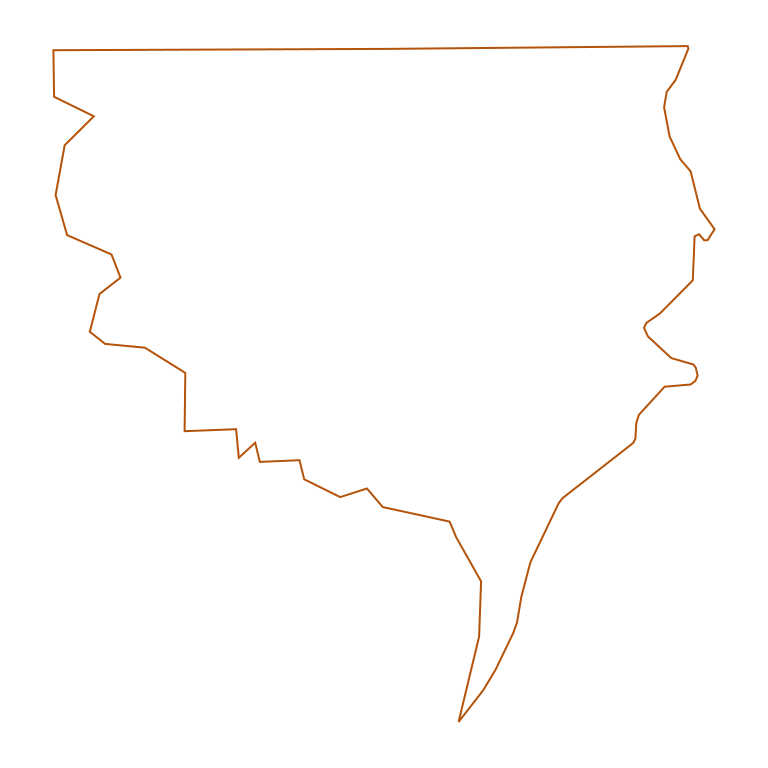 Orange, Texas, United States of America (orthographic projection)
{"feature_id": "52423323B30055377123023", "entity_name": "Orange", "entity_type": "district", "adm_level": 2, "iso_a3": "USA", "parent_name": "United States of America", "parent_adm1": "Texas", "projection": "orthographic", "projection_center": [-93.846, 30.055], "detail": "fine", "context": "isolated", "style": "outline", "palette": "amber", "viewbox_px": 768, "rotation_deg": 0, "n_neighbors": 0, "source": "geoboundaries", "source_scale": "gbopen_adm2", "svg_char_len": 951}
<svg xmlns="http://www.w3.org/2000/svg" viewBox="0 0 768 768"><path d="M386.1,48.9L53.4,50.2L54.1,96.8L93.8,116.3L64.7,145.2L55.6,195.1L67.1,235.1L111.5,254.5L120.5,277.6L99.5,294.0L89.8,331.8L105.1,343.9L144.9,347.7L185.3,372.9L184.6,431.2L236.1,429.2L238.8,457.8L255.2,442.7L259.8,461.9L299.5,460.2L304.2,479.3L340.2,497.1L366.9,488.5L382.8,507.1L449.6,521.6L456.1,537.1L481.1,581.4L479.1,636.6L458.6,721.9L483.3,690.1L495.6,669.6L513.2,633.1L517.0,622.6L521.3,596.9L530.4,562.3L558.8,503.0L562.6,498.1L633.4,442.8L635.4,438.5L636.3,423.1L638.9,414.8L661.5,390.1L664.6,386.7L690.6,384.5L695.4,380.9L697.6,375.6L695.8,367.7L693.3,364.5L671.3,358.1L647.9,336.4L644.0,327.8L646.5,322.8L659.9,313.5L692.8,280.3L694.6,236.4L699.1,234.2L704.2,240.3L707.5,240.2L714.6,229.2L699.9,208.7L694.1,185.3L690.6,171.3L680.3,159.3L669.6,136.5L664.1,107.3L666.7,91.8L675.7,79.8L688.4,48.6L687.7,46.1L386.1,48.9Z" fill="none" stroke="#b45309" stroke-width="2"/></svg>